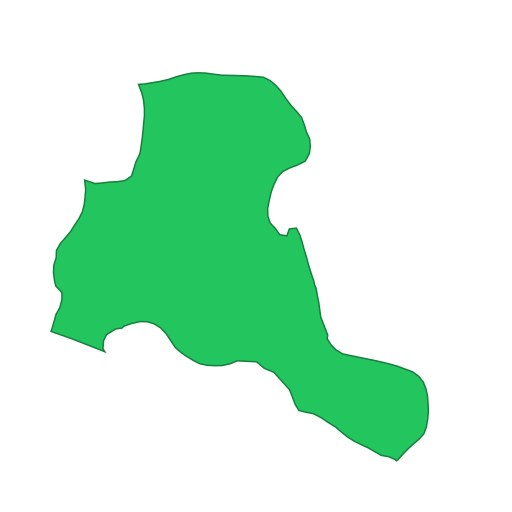 the district of Kuhlan Ash Sharaf, Hajjah, Yemen, rotated 10°
{"feature_id": "15242507B97358908792545", "entity_name": "Kuhlan Ash Sharaf", "entity_type": "district", "adm_level": 2, "iso_a3": "YEM", "parent_name": "Yemen", "parent_adm1": "Hajjah", "projection": "mercator", "projection_center": [43.483, 16.025], "detail": "fine", "context": "isolated", "style": "filled", "palette": "green", "viewbox_px": 512, "rotation_deg": 10, "n_neighbors": 0, "source": "geoboundaries", "source_scale": "gbopen_adm2", "svg_char_len": 2508}
<svg xmlns="http://www.w3.org/2000/svg" viewBox="0 0 512 512"><g transform="rotate(10 256 256)"><path d="M110.5,107.4L111.4,108.9L115.2,115.2L118.2,122.1L119.6,127.1L120.5,130.2L121.8,137.5L122.3,144.8L123.0,152.1L123.5,159.4L123.8,167.2L123.9,172.4L123.9,175.4L121.4,184.2L119.6,198.8L113.8,204.5L106.5,206.9L98.9,208.6L91.8,210.8L90.4,211.2L84.7,212.6L74.1,211.0L76.8,220.5L77.2,225.5L77.5,227.8L77.9,235.4L77.3,242.7L75.1,250.1L72.1,256.8L69.2,264.0L66.7,268.3L65.6,270.3L61.3,277.3L61.1,277.9L58.5,285.1L59.5,292.4L58.5,300.0L59.4,307.3L61.6,314.6L64.0,320.3L71.2,325.7L72.5,332.9L71.7,340.9L69.2,348.3L68.5,355.6L67.7,363.2L67.2,365.9L86.8,369.1L111.5,374.0L123.7,376.5L121.4,374.0L120.6,366.0L122.3,359.6L130.5,352.2L136.6,350.2L137.9,348.2L145.3,344.0L149.0,342.5L152.9,340.8L160.3,339.6L164.6,340.1L167.5,340.5L174.5,343.3L181.2,348.3L186.9,354.4L187.9,355.4L192.4,360.1L198.6,363.9L202.6,365.8L205.3,367.0L211.8,369.5L212.6,369.8L219.6,371.9L226.9,372.1L232.6,371.4L234.5,371.2L237.5,370.6L241.8,369.7L249.1,366.7L255.7,362.5L274.9,360.1L283.7,365.2L293.8,367.4L312.3,381.9L316.5,388.8L320.3,395.2L323.4,398.8L325.0,400.7L332.8,401.2L339.9,401.3L348.5,404.0L352.7,405.9L356.0,407.4L363.8,410.5L367.7,412.8L370.5,414.4L377.7,418.4L385.1,421.4L392.7,423.6L399.7,425.4L406.7,428.0L413.9,430.6L421.5,430.6L428.5,432.3L429.9,433.3L430.9,432.4L434.8,426.1L439.1,419.7L443.5,414.0L448.1,408.4L450.2,405.1L452.2,401.9L453.5,394.9L453.4,386.5L452.7,378.9L451.0,371.3L449.2,364.1L446.5,357.4L442.5,350.9L436.9,346.1L430.3,342.9L427.3,342.3L423.1,341.6L414.5,340.0L406.8,339.2L399.2,338.7L391.6,338.3L383.5,338.1L375.4,337.9L369.8,337.7L367.1,337.7L358.2,337.3L352.7,335.2L351.4,334.8L345.5,330.6L340.5,325.2L340.4,321.4L330.4,305.0L328.2,298.2L325.9,290.9L323.1,283.9L320.7,277.1L318.8,274.5L317.2,270.5L313.5,263.8L309.6,256.4L305.7,247.9L302.8,242.3L302.0,240.8L299.0,234.2L295.5,227.7L290.9,221.5L284.1,223.6L282.9,230.8L275.7,230.9L270.3,225.5L264.2,221.1L260.8,214.8L259.2,207.1L259.4,198.9L259.9,190.0L261.2,182.7L261.6,181.4L263.5,174.6L267.5,168.3L274.4,163.1L280.9,159.3L288.0,154.1L290.8,145.8L290.4,138.3L288.4,131.2L284.2,125.2L280.8,118.4L276.8,111.7L270.7,106.5L264.6,101.9L257.8,95.5L252.1,89.5L246.0,84.6L239.4,80.8L232.4,78.7L224.4,79.3L215.5,80.2L210.3,81.0L208.1,81.3L205.9,81.6L200.6,82.4L190.9,83.9L182.6,84.3L174.7,84.6L167.4,85.6L160.5,87.2L153.2,90.1L146.4,93.3L139.2,97.3L131.0,100.8L124.2,103.2L115.8,106.1L110.5,107.4Z" fill="#22c55e" stroke="#15803d" stroke-width="1.5"/></g></svg>